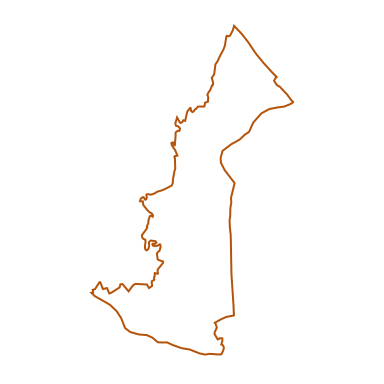 Gboe-Ploe, Grand Gedeh, Liberia, rotated 357°
{"feature_id": "62588387B47381315935072", "entity_name": "Gboe-Ploe", "entity_type": "district", "adm_level": 2, "iso_a3": "LBR", "parent_name": "Liberia", "parent_adm1": "Grand Gedeh", "projection": "equal_earth", "projection_center": [-8.826, 6.021], "detail": "fine", "context": "isolated", "style": "outline", "palette": "amber", "viewbox_px": 384, "rotation_deg": 357, "n_neighbors": 0, "source": "geoboundaries", "source_scale": "gbopen_adm2", "svg_char_len": 4203}
<svg xmlns="http://www.w3.org/2000/svg" viewBox="0 0 384 384"><g transform="rotate(357 192 192)"><path d="M242.7,28.3L241.3,32.5L238.6,37.1L238.2,37.7L237.2,38.3L236.5,38.4L236.1,38.2L235.5,37.9L234.9,37.9L234.5,38.4L234.2,39.7L233.9,41.0L232.5,47.6L230.9,51.3L227.1,57.6L225.6,60.4L225.2,61.1L224.1,63.2L222.1,65.7L220.3,75.6L220.1,75.9L219.0,77.3L218.0,78.7L217.7,79.1L218.4,82.1L218.9,84.5L218.3,86.4L217.6,86.5L217.1,87.8L215.2,91.7L214.0,92.8L212.4,95.9L212.8,96.8L212.9,97.1L213.2,99.3L213.2,99.6L212.8,100.3L212.8,102.5L209.7,103.5L209.4,105.0L208.8,107.3L202.4,107.0L201.0,108.5L200.3,109.3L199.4,109.6L198.0,111.4L197.1,112.0L196.6,112.2L195.4,111.1L195.2,110.1L195.0,108.1L194.6,108.0L192.1,110.6L191.4,111.9L191.3,112.1L188.9,120.6L187.9,120.2L187.1,119.9L186.0,121.7L184.7,122.3L184.3,122.5L183.6,122.1L182.7,120.3L181.5,117.8L181.0,116.8L178.9,122.7L179.0,123.0L179.4,124.9L181.8,125.9L183.2,127.6L183.4,127.9L182.6,130.3L182.4,130.2L180.8,130.2L179.0,131.5L178.6,132.5L178.6,134.4L178.2,137.9L177.3,144.4L176.9,144.5L175.7,141.5L175.3,141.5L174.1,141.9L174.0,142.0L174.2,143.8L175.8,146.9L177.3,149.2L179.3,154.9L178.8,155.0L176.8,155.3L176.6,155.4L176.2,156.3L176.6,156.9L176.7,157.1L176.5,167.7L175.5,170.5L174.9,173.2L173.7,178.0L173.2,182.3L172.4,183.8L172.2,184.3L172.0,184.5L167.2,186.7L165.7,187.4L163.3,188.3L162.4,188.7L160.3,189.2L158.5,189.6L157.2,189.9L155.7,190.8L154.4,191.5L154.0,191.6L151.1,192.5L148.0,191.9L146.6,192.0L146.2,193.0L146.5,194.6L146.6,195.2L145.7,196.9L145.0,197.3L144.3,196.4L143.4,194.7L142.2,194.7L141.2,195.4L140.4,196.3L139.6,198.5L142.4,198.8L142.6,201.3L142.6,202.2L144.2,204.6L146.2,207.4L146.7,208.0L148.7,210.2L149.8,210.6L150.8,211.5L151.7,212.9L151.7,213.1L151.7,214.1L151.5,214.6L150.9,214.2L149.5,213.5L148.6,214.0L148.1,215.2L147.2,217.6L146.7,220.9L145.4,223.4L145.1,224.4L145.5,224.9L145.0,226.1L144.2,227.1L142.6,229.0L139.6,232.6L140.2,235.6L141.5,236.5L143.0,237.5L142.9,240.1L142.8,240.5L142.4,242.5L142.1,245.1L142.4,246.9L143.4,247.8L143.7,247.9L145.6,246.4L146.4,243.5L146.4,240.1L146.9,239.3L148.3,238.3L152.9,239.2L153.8,240.7L152.3,241.7L152.2,241.7L150.0,241.6L149.7,242.0L150.0,243.3L150.7,243.8L154.8,243.9L156.8,242.6L157.6,242.8L157.6,243.2L157.8,245.1L156.5,249.0L154.8,250.2L153.7,251.6L154.2,257.4L155.4,258.3L159.4,259.8L159.4,260.0L159.4,261.2L153.8,267.5L153.5,268.2L153.5,268.3L153.7,271.7L153.5,271.9L152.2,271.5L150.6,271.0L150.3,273.6L150.4,274.1L149.5,275.4L149.7,276.7L149.8,277.5L149.3,278.1L149.2,278.1L147.4,278.8L147.1,279.3L147.1,281.5L147.3,283.0L147.1,283.8L145.8,284.6L144.1,285.7L142.4,282.5L142.1,282.0L141.0,281.9L133.6,281.1L130.6,280.8L128.3,282.1L126.9,283.7L123.5,287.9L117.8,280.3L115.6,280.5L115.1,282.3L114.7,283.5L106.1,288.4L104.1,289.0L102.1,283.5L101.9,283.5L98.0,284.3L97.4,282.5L95.7,277.4L95.2,277.3L94.9,277.2L90.1,283.9L87.8,284.5L88.0,285.0L87.9,287.3L87.2,287.3L86.3,287.4L88.0,289.3L89.6,291.0L96.1,295.1L104.2,300.4L110.5,307.0L114.6,314.1L118.1,324.4L123.0,328.6L131.6,331.5L139.2,332.5L144.6,335.2L150.1,340.3L154.0,340.7L159.2,340.9L164.8,343.8L170.7,346.3L172.7,347.1L174.2,347.6L181.6,349.2L186.5,351.5L191.2,353.6L196.8,355.1L199.8,354.6L202.6,354.7L208.7,355.5L212.7,355.7L214.4,352.9L215.5,350.2L215.6,348.5L214.5,346.3L213.3,345.9L214.5,342.4L214.6,339.7L211.9,339.5L210.9,340.3L210.1,340.6L209.1,339.0L208.4,337.5L207.1,335.2L207.3,333.3L208.5,331.0L209.7,328.7L209.1,326.5L208.6,324.8L207.9,323.8L212.8,321.4L213.5,321.1L214.4,320.6L219.6,318.6L227.4,317.4L227.5,307.4L227.1,275.9L227.3,270.1L228.1,246.5L228.2,244.3L228.4,237.1L228.0,229.4L228.0,224.8L228.0,222.5L228.8,218.7L229.5,210.0L230.7,204.3L230.7,199.7L235.0,185.4L234.1,184.0L225.8,171.9L222.4,164.3L222.4,160.6L222.4,159.4L224.7,152.5L233.8,146.3L240.4,143.1L242.5,142.0L247.9,137.4L248.8,136.9L251.1,135.6L252.1,135.0L256.7,126.0L260.4,122.2L265.4,117.1L266.2,116.7L273.6,113.2L280.6,112.2L282.2,112.0L288.6,111.5L294.7,109.4L297.4,107.9L297.7,107.5L295.9,105.4L292.1,99.6L288.7,95.7L285.3,91.6L282.3,89.6L279.8,85.2L281.7,82.1L282.6,81.6L278.3,76.8L277.1,75.3L269.5,66.0L269.0,65.2L265.3,60.2L263.5,57.8L261.9,55.3L255.9,45.2L249.6,36.3L242.7,28.3Z" fill="none" stroke="#b45309" stroke-width="2"/></g></svg>